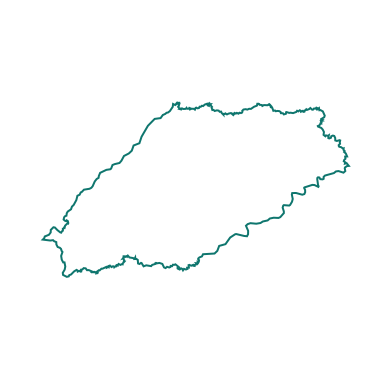 Porto Murtinho, Mato Grosso do Sul, Brazil, rotated 231°
{"feature_id": "56859067B2206660547368", "entity_name": "Porto Murtinho", "entity_type": "district", "adm_level": 2, "iso_a3": "BRA", "parent_name": "Brazil", "parent_adm1": "Mato Grosso do Sul", "projection": "robinson", "projection_center": [-57.425, -21.181], "detail": "fine", "context": "isolated", "style": "outline", "palette": "teal", "viewbox_px": 384, "rotation_deg": 231, "n_neighbors": 0, "source": "geoboundaries", "source_scale": "gbopen_adm2", "svg_char_len": 6029}
<svg xmlns="http://www.w3.org/2000/svg" viewBox="0 0 384 384"><g transform="rotate(231 192 192)"><path d="M248.9,46.1L243.5,51.3L242.0,53.7L240.5,53.9L238.5,55.0L236.6,53.6L233.8,53.0L231.8,54.2L230.2,54.4L228.2,53.6L226.9,53.6L224.7,50.1L221.4,48.2L218.3,47.6L217.5,48.6L213.8,46.6L211.8,44.2L210.5,40.7L208.7,39.6L204.9,41.3L204.0,43.1L204.6,44.3L204.0,46.1L204.5,50.5L204.1,53.3L203.1,53.6L202.1,53.1L201.8,54.4L201.0,55.0L201.2,55.8L200.2,55.4L199.9,55.9L201.2,57.3L200.8,58.2L201.0,59.9L199.6,61.3L197.3,61.2L196.3,62.6L193.5,64.1L193.1,63.4L192.6,63.6L191.8,65.3L191.5,65.7L191.1,65.5L189.9,67.5L189.0,66.4L188.4,67.5L188.9,68.3L189.9,68.3L189.8,70.4L189.2,70.8L189.4,73.4L188.7,74.2L187.7,78.4L187.5,78.8L186.8,78.2L186.5,79.7L186.0,79.9L186.9,80.8L186.5,81.9L186.0,81.9L186.0,81.3L184.7,82.5L184.3,82.4L184.0,83.9L183.1,84.5L182.4,84.2L182.4,86.4L181.9,86.6L182.2,87.2L181.8,87.7L182.5,87.8L181.9,89.1L182.2,89.7L180.4,90.5L180.2,91.6L179.5,92.5L180.0,92.7L180.5,95.8L181.0,95.4L181.6,96.4L182.7,96.4L183.8,97.5L184.0,96.8L184.3,97.9L185.1,98.3L184.7,99.3L185.1,99.5L183.8,99.1L183.4,99.5L183.4,100.6L182.5,100.8L182.9,102.1L180.5,102.2L177.7,104.7L176.4,104.8L176.3,105.4L176.8,106.6L175.6,105.8L174.9,106.7L173.3,107.1L170.4,105.1L169.1,105.9L169.0,107.8L168.5,108.1L164.7,107.6L163.8,110.3L160.1,113.6L160.4,115.2L159.1,118.4L159.7,118.7L159.6,119.4L158.4,120.2L157.4,122.0L154.8,123.7L151.0,122.8L149.5,123.6L149.6,125.5L147.7,126.8L147.3,128.0L148.0,128.9L146.9,129.9L147.5,131.4L146.6,132.3L146.2,133.6L142.4,134.4L142.1,132.9L141.5,132.7L139.8,133.5L140.2,134.3L139.5,134.2L139.5,135.5L138.4,136.0L136.8,135.7L137.3,137.4L135.6,138.5L135.1,140.1L136.2,140.6L135.2,142.0L137.3,143.3L137.0,144.1L135.2,145.0L134.7,146.9L133.9,146.6L132.9,147.5L133.7,148.2L133.1,149.4L133.5,150.4L134.1,150.4L133.2,151.4L132.8,151.3L132.9,151.7L133.5,151.7L133.4,152.2L134.4,152.6L133.6,153.5L134.6,154.6L135.7,154.4L136.4,155.0L136.5,156.6L135.7,159.2L136.7,161.4L130.0,170.8L130.3,174.6L133.0,179.2L130.4,185.2L132.6,193.0L132.0,199.0L131.5,199.9L125.1,204.8L123.0,206.9L123.9,209.0L126.5,211.2L131.8,212.7L132.0,215.0L131.0,217.8L126.9,222.0L124.8,225.7L124.5,228.5L122.3,232.9L122.4,235.8L120.6,239.3L117.4,242.9L116.9,244.8L117.8,250.1L119.2,251.2L122.8,252.6L124.0,254.3L124.0,255.1L120.3,259.0L120.2,260.1L121.5,263.6L123.2,265.9L127.2,268.0L128.1,269.2L125.8,272.2L120.5,276.0L119.7,278.0L120.6,279.8L122.4,281.2L124.6,281.7L124.8,282.3L121.8,290.0L120.3,291.6L116.5,293.4L116.8,294.0L118.0,294.3L123.3,297.5L124.1,298.4L124.1,299.2L123.1,300.1L121.2,299.8L119.6,301.5L119.4,302.6L120.9,303.8L121.1,305.7L117.4,314.2L117.4,316.8L116.1,319.0L111.7,321.9L111.8,324.3L114.4,325.7L114.8,326.4L114.6,328.8L113.6,330.3L117.1,330.3L117.8,328.7L118.6,329.8L120.4,329.3L121.1,330.4L121.3,332.2L123.1,333.3L122.0,334.9L125.2,335.8L127.4,335.4L127.7,336.4L129.5,336.3L130.5,337.3L130.7,336.7L133.0,336.1L134.5,334.9L135.3,335.0L136.1,335.5L136.3,337.4L137.5,338.0L138.8,339.6L139.4,339.3L140.5,336.7L141.9,335.8L143.9,337.3L146.0,337.8L147.2,337.0L147.7,335.3L146.7,334.1L147.3,332.3L148.2,331.9L150.0,334.0L150.1,333.0L151.7,331.7L151.4,330.7L153.6,330.2L155.6,332.3L158.3,332.9L160.4,332.8L163.6,331.1L164.1,331.3L163.6,333.0L164.2,334.5L163.8,335.4L164.6,335.5L164.6,336.4L165.6,336.6L165.8,337.0L165.4,337.9L166.3,337.5L166.2,338.5L166.9,337.9L167.4,338.2L166.9,341.8L167.8,343.2L172.3,344.4L174.8,343.4L175.4,342.4L177.3,343.5L177.4,341.0L178.3,340.9L178.5,342.1L179.3,341.7L179.1,340.6L180.1,339.3L179.8,338.1L180.3,337.2L182.8,336.8L182.7,335.3L183.4,333.1L184.4,332.9L184.1,331.8L184.5,330.7L183.7,330.0L183.8,329.6L184.2,329.0L185.4,329.0L185.8,327.3L186.4,327.7L187.7,327.2L187.7,325.4L189.0,324.8L188.6,323.4L189.7,320.2L191.6,318.5L192.3,317.3L194.6,315.8L194.8,315.4L193.7,314.2L194.5,312.2L196.0,312.2L197.3,310.7L198.3,311.2L199.8,310.8L201.1,309.6L202.1,307.9L203.1,307.8L203.9,306.3L207.0,307.4L207.9,307.5L207.8,306.9L208.3,306.6L209.6,307.5L210.4,307.0L210.8,307.5L211.7,307.3L211.9,305.3L214.3,302.6L214.6,300.8L215.7,301.0L217.1,299.5L218.1,299.6L219.0,299.0L218.8,298.4L219.3,298.1L218.3,296.9L218.4,296.3L219.2,293.9L219.5,290.1L220.7,288.8L221.2,286.9L222.6,285.8L223.7,283.9L223.5,282.2L222.7,281.8L222.2,280.9L222.5,279.7L223.6,279.0L223.6,277.5L224.4,277.3L224.7,276.5L225.3,276.5L225.5,275.4L226.5,274.9L226.1,274.3L226.5,273.9L226.1,273.8L225.8,272.5L228.8,272.0L229.9,269.8L230.3,268.0L232.1,267.4L232.0,266.5L233.3,265.3L232.7,265.0L234.7,264.8L236.2,265.2L236.9,264.0L238.5,263.9L239.8,262.7L240.7,260.6L242.3,260.4L242.9,259.4L245.6,260.5L245.6,261.1L248.2,261.1L248.4,261.9L249.0,261.1L249.7,261.3L249.4,260.0L248.4,259.3L249.4,258.7L250.4,258.9L250.8,259.8L251.1,259.3L251.9,257.0L251.8,254.7L252.8,254.0L252.7,252.4L253.5,251.6L252.9,250.2L253.6,248.9L254.9,248.4L255.1,247.8L254.2,246.1L255.5,245.8L257.1,243.9L258.2,243.3L257.3,242.9L257.5,242.2L259.0,242.2L259.4,241.0L260.3,240.3L260.8,240.5L260.6,239.4L261.8,237.7L263.2,236.8L262.9,235.6L264.4,234.5L264.4,235.2L264.7,234.8L266.9,234.8L267.2,236.1L268.4,236.6L268.1,237.0L268.6,238.0L269.3,238.3L270.1,237.2L269.5,236.9L270.8,236.7L270.6,235.4L270.1,235.3L270.1,233.7L272.3,232.7L270.3,230.6L268.8,225.7L268.9,223.2L269.6,222.1L269.5,220.4L270.2,217.8L269.2,214.1L272.3,209.0L271.2,199.4L266.7,187.6L263.0,181.8L264.9,175.9L262.0,171.2L261.7,167.2L262.8,161.8L260.7,156.8L260.2,153.9L262.3,149.5L263.0,147.2L261.1,143.9L261.1,142.8L263.1,139.4L264.7,132.7L263.1,129.7L261.8,128.3L262.1,126.1L261.4,123.1L259.0,118.4L258.6,116.4L259.0,114.4L261.8,109.5L261.4,106.4L261.7,105.3L260.6,102.9L261.2,100.6L258.5,97.0L256.4,91.9L256.2,89.5L254.7,87.1L255.0,83.1L254.3,81.3L252.6,79.5L253.1,78.0L252.8,76.7L251.4,74.9L249.6,75.2L248.5,75.9L248.8,76.8L247.5,77.2L245.7,76.3L245.4,75.8L246.0,75.4L245.7,72.2L244.4,70.5L244.9,70.3L244.4,69.0L244.7,68.5L243.2,67.3L243.3,66.1L242.7,64.8L243.5,64.2L247.2,63.4L250.7,63.1L251.8,62.1L251.4,58.4L249.5,56.7L248.8,53.9L250.1,49.6L249.1,48.1L248.9,46.1Z" fill="none" stroke="#0f766e" stroke-width="2"/></g></svg>